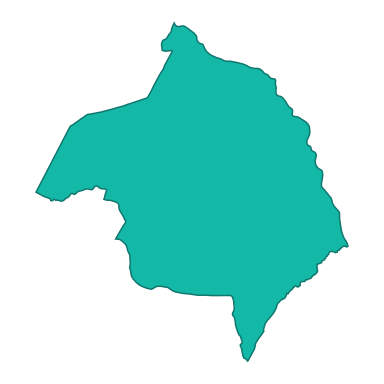 outline of Chemba, Sofala, Mozambique
{"feature_id": "85939544B96550484342715", "entity_name": "Chemba", "entity_type": "district", "adm_level": 2, "iso_a3": "MOZ", "parent_name": "Mozambique", "parent_adm1": "Sofala", "projection": "albers", "projection_center": [34.641, -17.226], "detail": "fine", "context": "isolated", "style": "filled", "palette": "teal", "viewbox_px": 384, "rotation_deg": 0, "n_neighbors": 0, "source": "geoboundaries", "source_scale": "gbopen_adm2", "svg_char_len": 5961}
<svg xmlns="http://www.w3.org/2000/svg" viewBox="0 0 384 384"><path d="M348.0,246.3L347.3,243.7L346.7,242.5L346.0,241.1L344.5,239.0L343.1,236.0L341.4,230.8L339.6,219.0L339.5,213.0L338.9,211.6L334.1,206.2L332.7,203.6L332.3,202.5L331.6,199.4L331.1,198.1L328.7,195.3L327.7,193.8L323.6,189.0L322.8,188.2L321.9,187.0L321.6,186.4L321.4,184.9L321.5,182.9L321.8,181.2L322.0,180.6L322.7,175.3L322.5,172.3L322.0,170.8L321.6,170.4L320.6,169.6L318.9,168.8L317.5,167.5L316.5,166.1L315.6,164.3L315.3,162.4L315.2,160.8L316.1,156.4L316.2,155.3L316.1,154.2L315.7,153.4L315.1,152.6L314.2,151.9L312.6,151.2L311.6,150.4L311.3,149.7L311.0,147.9L310.7,147.0L310.0,146.2L308.1,145.3L307.2,144.2L306.9,143.5L306.9,141.3L307.1,139.9L309.2,135.5L309.7,133.6L309.8,131.5L309.4,126.7L308.2,124.4L306.1,122.1L298.1,117.0L294.7,116.5L292.9,116.0L292.3,115.0L292.3,113.5L292.6,111.5L292.5,110.0L291.9,108.9L289.0,106.9L287.0,103.9L285.4,101.1L282.7,97.8L281.4,96.8L280.2,96.3L279.0,96.1L277.7,95.6L276.8,94.8L276.2,93.8L276.0,92.7L275.9,90.5L276.2,88.2L276.1,87.2L275.9,85.9L275.3,84.2L275.3,82.7L275.7,81.3L275.5,80.0L275.2,79.4L274.5,78.9L273.4,78.8L271.7,78.5L270.5,78.1L269.9,77.6L268.5,75.7L267.9,75.0L264.4,73.3L263.7,72.6L262.3,70.8L261.3,70.0L260.0,69.2L259.2,68.8L257.1,68.4L255.2,68.5L254.3,68.4L250.3,67.5L249.3,67.1L246.6,65.5L243.5,64.2L238.9,63.0L230.4,61.2L226.9,61.3L224.4,60.8L220.6,58.9L219.3,58.4L217.0,57.9L210.9,55.1L209.6,54.2L207.0,51.9L206.0,50.7L204.4,47.9L203.5,45.6L202.6,44.3L199.5,43.2L198.5,42.4L197.5,41.1L196.8,39.2L196.7,37.1L196.3,35.8L194.1,33.2L186.7,27.6L183.9,26.0L181.8,26.0L178.8,26.6L177.4,26.5L176.2,25.9L175.2,25.0L174.2,23.0L172.6,26.3L171.7,28.6L171.3,31.1L171.1,31.7L170.0,33.3L168.9,34.5L166.8,38.1L166.4,38.3L165.6,39.3L164.4,39.6L162.9,40.5L161.9,42.4L161.5,44.3L161.9,47.9L162.3,49.8L162.2,50.3L163.7,50.9L165.5,51.2L172.0,50.5L172.1,51.6L164.4,65.9L163.4,69.0L161.7,71.5L160.9,72.5L160.1,74.0L153.9,85.4L151.5,90.5L147.4,97.8L129.6,103.8L128.3,104.1L123.0,106.1L117.2,107.6L112.3,109.1L100.8,112.1L90.9,114.0L87.8,114.4L87.0,114.8L85.5,115.7L84.4,116.5L84.3,116.8L82.4,117.9L72.2,125.2L70.7,125.8L69.9,126.9L36.0,192.2L43.7,196.3L45.3,197.0L45.8,197.0L47.7,197.8L49.6,198.4L50.3,199.0L50.6,199.6L50.7,200.4L51.1,200.8L52.0,200.8L52.7,200.6L53.7,199.3L54.3,199.2L54.7,199.4L55.3,200.1L55.6,200.3L57.1,200.1L57.9,200.2L60.8,201.1L61.7,201.1L62.7,200.9L63.6,200.4L64.5,199.7L65.8,198.3L67.2,197.8L68.3,197.1L69.5,195.9L70.2,194.7L71.2,193.6L72.2,193.4L72.7,193.6L73.4,194.2L74.4,194.2L75.4,193.9L76.1,193.4L77.5,191.9L78.6,191.3L81.7,190.6L83.2,190.1L85.0,189.3L86.5,189.0L88.3,189.0L91.0,189.7L92.2,189.6L92.9,189.1L93.5,188.5L93.9,187.5L94.4,187.0L95.4,186.3L96.0,186.1L96.8,186.0L97.3,186.1L98.8,187.4L99.8,188.1L100.8,188.5L101.7,188.8L104.7,188.9L105.6,189.1L106.1,189.4L106.5,190.1L106.5,190.4L105.0,195.1L104.7,196.9L103.9,199.4L107.0,200.2L110.1,200.3L111.3,200.6L116.0,202.1L116.8,202.5L117.8,203.2L118.6,204.4L118.8,205.3L119.1,208.9L119.8,210.6L123.9,217.4L124.4,219.1L125.7,221.0L125.7,221.7L125.0,223.5L123.2,225.8L115.6,239.0L118.5,239.2L120.0,239.6L121.2,240.4L123.2,242.0L123.3,242.2L125.1,243.9L126.2,245.5L127.2,248.3L127.8,250.9L129.7,255.0L130.0,257.4L130.2,263.0L130.2,264.3L129.7,266.8L129.7,268.1L130.5,270.6L131.4,275.8L132.4,277.8L133.5,279.4L134.4,280.3L134.6,280.4L136.1,282.3L137.2,283.1L137.3,283.4L139.4,285.0L142.4,286.5L145.3,287.7L147.9,288.5L149.0,288.7L150.2,289.1L151.7,289.1L153.0,288.5L155.5,287.0L156.7,286.5L157.6,286.3L160.9,286.3L167.9,287.5L168.5,287.8L168.7,288.1L171.6,290.1L173.8,291.3L175.7,292.0L183.0,293.4L189.6,294.0L194.6,294.8L198.0,295.2L204.8,295.2L212.7,295.6L228.9,295.5L230.2,295.5L231.6,296.0L232.0,296.4L232.5,297.3L233.5,300.2L234.2,306.9L234.2,308.6L233.9,310.4L233.6,311.2L232.8,312.6L232.6,313.2L232.5,314.2L232.6,315.0L232.8,315.5L234.1,316.9L234.8,318.9L235.3,322.2L235.5,324.4L235.9,326.3L237.5,331.2L237.7,331.8L238.5,333.8L239.2,335.0L239.7,335.4L240.7,336.9L241.3,339.2L242.2,341.8L242.1,342.9L241.8,343.1L241.4,343.8L240.5,344.4L240.2,345.4L240.3,345.9L241.0,347.1L241.3,347.8L242.9,355.8L244.1,358.3L244.8,358.3L246.0,359.1L247.0,360.2L247.3,361.0L248.2,360.6L248.5,359.7L248.9,359.2L254.3,349.2L254.8,347.5L255.5,344.0L256.1,342.5L259.2,337.6L260.1,336.7L263.4,331.9L263.8,331.5L263.6,330.9L263.7,328.8L264.9,324.7L265.4,323.2L266.5,321.8L266.7,321.3L269.1,318.4L269.4,318.2L270.7,316.6L271.6,315.6L271.8,315.2L272.0,315.1L274.6,311.3L276.3,307.7L277.0,304.8L278.1,303.1L279.2,302.1L280.3,300.7L281.2,299.9L283.4,298.9L284.6,298.2L285.3,297.3L286.0,296.0L286.4,294.9L286.6,293.6L286.9,293.9L287.9,293.8L288.3,293.6L288.9,292.3L290.2,290.9L290.5,290.4L291.4,290.0L291.8,289.7L292.3,288.6L292.7,288.5L293.3,287.5L294.4,286.9L294.6,286.3L294.9,286.0L295.4,285.8L296.2,285.9L297.2,286.9L297.5,287.0L298.2,286.9L299.0,286.4L300.2,285.4L300.3,285.0L299.8,284.4L299.9,284.1L300.1,283.7L300.2,282.9L300.7,282.2L301.9,281.6L302.6,281.5L303.7,281.5L304.7,281.4L305.2,281.0L305.8,279.8L306.2,279.6L307.4,279.7L307.7,279.6L308.4,279.0L308.9,278.8L310.2,278.6L311.4,277.8L312.0,276.6L313.2,275.4L314.6,274.8L315.9,273.7L317.4,271.7L317.6,270.7L317.6,270.4L317.0,269.5L317.0,269.1L317.3,268.1L317.3,267.8L316.7,266.9L316.8,266.5L316.8,265.9L317.1,265.6L317.3,265.1L317.3,264.0L317.5,263.8L318.3,263.9L319.2,263.5L320.0,263.5L320.4,263.0L321.0,262.9L321.7,262.6L321.7,261.4L321.8,261.0L322.6,260.5L323.7,260.3L324.8,259.3L325.0,258.7L325.8,257.9L325.9,256.7L326.1,256.4L327.0,256.3L327.1,256.1L327.1,255.9L327.5,255.3L328.6,254.3L328.8,254.0L328.9,252.8L329.6,251.9L330.6,251.6L333.2,251.6L333.6,251.7L335.0,252.4L335.2,252.6L335.5,252.7L336.2,252.2L337.1,252.2L337.3,252.1L337.3,251.8L337.2,251.4L337.5,250.8L337.8,250.5L339.0,250.3L339.4,250.0L339.5,249.4L339.7,249.1L340.4,248.9L340.7,248.6L340.9,248.1L341.9,247.6L342.8,246.5L343.6,246.2L344.2,246.2L344.6,246.3L345.4,246.1L345.8,246.6L346.4,246.9L346.8,246.9L348.0,246.3Z" fill="#14b8a6" stroke="#0f766e" stroke-width="1.5"/></svg>